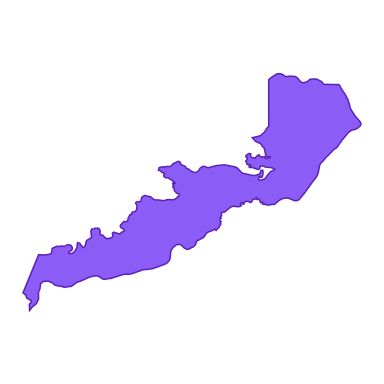 Anori, Amazonas, Brazil (Albers equal-area conic projection)
{"feature_id": "56859067B80375941692856", "entity_name": "Anori", "entity_type": "district", "adm_level": 2, "iso_a3": "BRA", "parent_name": "Brazil", "parent_adm1": "Amazonas", "projection": "albers", "projection_center": [-62.184, -4.211], "detail": "fine", "context": "isolated", "style": "filled", "palette": "violet", "viewbox_px": 384, "rotation_deg": 0, "n_neighbors": 0, "source": "geoboundaries", "source_scale": "gbopen_adm2", "svg_char_len": 6011}
<svg xmlns="http://www.w3.org/2000/svg" viewBox="0 0 384 384"><path d="M268.7,79.8L268.7,126.0L268.5,126.6L266.9,128.1L264.4,132.2L260.9,135.3L258.7,136.2L252.3,137.7L255.3,141.1L256.3,141.8L260.3,143.5L261.5,144.7L262.4,146.6L263.8,147.3L264.8,150.5L265.9,156.1L266.2,156.6L270.3,157.0L270.1,157.7L267.5,158.1L266.7,158.7L266.2,158.7L265.3,158.2L264.8,157.7L264.8,156.9L264.1,156.6L262.4,157.2L261.8,156.8L261.2,156.9L260.1,156.2L259.3,156.0L259.1,154.9L258.4,154.9L256.7,156.2L254.9,158.2L254.2,157.8L252.4,157.8L250.8,156.6L250.6,155.8L250.9,154.0L249.4,153.5L248.4,153.7L246.3,155.4L245.7,156.2L246.0,156.9L247.3,157.6L247.0,159.7L246.0,160.7L245.7,161.3L246.6,162.5L246.8,164.0L247.3,164.5L250.5,164.7L250.5,165.6L249.8,166.0L249.1,166.2L249.1,167.0L249.9,167.6L250.9,167.5L251.5,167.0L253.1,167.9L254.5,168.2L257.9,169.5L259.2,169.1L259.7,168.6L260.2,166.4L262.1,165.9L263.0,166.0L265.0,166.9L266.3,167.2L271.7,167.7L274.7,169.1L273.3,170.3L270.4,171.8L266.7,176.2L265.7,177.9L264.5,178.8L261.8,180.0L258.9,180.0L258.4,179.5L259.1,177.6L259.0,176.8L259.5,176.4L260.8,177.3L261.7,177.3L262.3,176.5L262.8,175.1L263.1,171.6L262.9,170.8L262.6,170.1L260.9,170.5L260.5,171.0L260.5,172.2L260.2,173.0L259.3,174.0L258.2,174.5L255.1,175.5L251.4,175.2L242.6,173.2L241.4,172.3L237.2,167.9L235.5,167.0L225.7,165.0L223.2,164.9L217.0,165.5L209.7,167.3L208.5,167.8L206.8,167.4L204.9,166.6L203.8,166.3L202.8,166.4L200.4,167.9L199.8,168.6L199.2,170.0L196.7,172.2L195.2,172.6L191.5,171.4L189.0,169.3L186.1,168.2L185.8,166.9L185.4,166.4L181.7,164.9L180.5,163.6L180.3,162.6L179.7,161.8L178.9,161.4L177.3,161.6L174.0,163.4L173.1,163.6L171.1,166.0L169.8,166.5L167.3,166.4L165.5,166.9L162.3,166.9L159.2,167.5L158.4,170.2L159.9,170.6L162.2,172.5L164.5,173.4L164.7,174.0L163.6,175.4L163.8,176.2L164.3,176.7L165.3,177.6L167.9,177.8L171.4,179.9L175.0,182.6L175.1,183.3L174.5,183.6L173.0,183.0L172.6,183.7L173.2,185.3L174.1,186.1L172.8,187.0L174.1,188.5L174.3,190.4L176.5,193.1L177.3,193.6L178.5,193.4L179.0,194.0L179.1,194.6L179.0,196.2L177.6,196.6L177.2,197.8L173.9,199.6L171.8,199.8L167.8,199.5L164.6,200.5L162.7,200.6L158.7,200.0L154.9,199.9L152.9,199.0L151.6,197.5L150.4,196.7L149.3,196.4L147.0,196.1L145.0,195.4L144.3,195.6L142.3,196.8L141.9,197.5L141.3,198.8L141.0,200.8L140.7,201.3L139.9,201.6L137.8,201.6L136.6,201.9L136.0,202.4L135.6,203.4L136.7,204.7L137.0,205.6L136.7,209.4L136.3,210.3L134.3,212.0L133.3,211.9L132.1,212.1L131.5,213.7L131.7,214.3L130.0,214.8L129.6,215.3L128.7,217.5L128.2,217.8L128.0,219.6L127.7,220.3L127.1,220.7L126.8,221.4L125.8,221.8L124.7,221.8L124.0,221.4L120.6,224.9L120.3,225.7L120.4,226.7L120.9,227.6L122.1,228.2L124.4,230.3L124.3,231.0L123.6,231.6L121.8,232.1L121.0,232.7L120.4,233.7L119.7,233.9L118.9,233.8L114.6,232.4L113.9,232.2L112.9,232.6L112.4,233.2L112.5,234.1L112.9,234.7L112.8,235.8L112.3,237.1L111.7,237.6L109.0,238.4L108.0,238.4L107.2,238.9L104.7,237.3L103.1,235.4L100.8,234.7L100.3,234.3L100.0,233.7L100.2,231.5L100.0,230.3L98.8,228.3L97.1,228.2L96.2,228.4L95.3,228.2L94.7,228.3L94.2,228.9L93.2,229.2L91.7,229.0L91.4,229.7L91.4,230.6L90.9,231.1L90.8,231.8L91.4,233.3L91.1,233.9L91.6,236.8L91.2,237.7L87.1,240.2L86.0,241.8L85.7,244.1L84.7,246.5L83.1,247.5L82.5,247.0L81.7,245.8L81.1,245.4L79.9,243.4L77.8,242.5L77.2,244.1L77.0,247.2L76.7,248.0L74.9,251.2L72.5,253.3L69.6,253.6L69.0,253.4L68.6,252.8L68.7,252.2L69.3,251.7L71.8,250.2L72.1,249.4L72.3,247.6L72.0,246.8L71.5,246.4L71.1,245.5L69.9,244.9L68.2,244.6L66.8,245.0L65.5,246.0L64.1,246.5L62.4,246.0L58.4,246.4L56.5,246.3L52.1,248.5L51.8,251.9L50.7,254.0L44.8,255.0L38.6,254.7L23.0,292.8L25.9,295.2L26.6,297.8L27.2,298.4L31.4,300.7L31.3,302.0L29.7,303.8L29.3,304.8L29.6,310.4L32.6,306.6L36.1,304.0L36.9,302.7L38.6,298.8L38.5,293.5L38.7,291.4L39.9,289.0L40.5,284.0L43.3,281.4L48.0,281.1L52.8,283.0L54.8,285.2L61.5,286.5L62.6,286.4L63.9,287.3L71.0,286.4L73.9,284.6L75.0,283.5L76.4,282.6L78.6,281.7L80.2,281.3L89.4,277.2L93.5,276.0L97.4,276.0L99.0,276.5L102.6,279.0L104.8,279.4L107.3,278.8L111.0,278.4L123.1,274.5L124.9,274.3L128.7,274.3L132.2,273.6L143.2,269.7L146.5,269.5L152.2,268.7L156.1,267.5L166.1,263.7L168.8,261.2L169.8,259.4L170.2,257.7L170.7,252.2L171.1,250.4L172.4,248.4L173.4,247.2L176.5,244.8L178.1,244.4L180.1,244.5L181.8,245.6L184.1,247.9L186.0,248.9L187.6,249.4L189.5,248.8L191.7,247.5L193.1,247.0L194.4,245.9L195.1,245.2L195.9,243.6L196.6,241.2L203.6,237.4L204.8,235.9L206.0,233.8L206.8,233.0L208.5,231.9L212.1,230.6L215.2,229.1L216.1,230.4L217.8,228.4L218.6,228.1L219.0,227.4L219.1,226.5L220.2,225.5L220.6,224.7L220.8,223.8L220.3,222.6L220.4,222.0L221.1,221.6L219.9,220.0L219.7,219.1L220.2,218.2L221.0,218.3L220.7,216.9L221.0,216.4L221.5,216.1L221.6,214.6L221.2,214.0L222.0,212.4L224.2,212.1L225.4,211.6L226.8,210.1L231.2,206.8L233.0,206.3L234.9,206.3L236.4,206.7L239.7,206.6L241.1,205.8L241.3,205.0L240.5,204.4L240.5,203.5L241.2,202.7L241.9,202.5L243.2,204.4L243.9,204.1L244.0,202.6L245.9,201.5L247.4,201.3L248.2,201.4L249.8,202.4L251.4,202.2L252.9,199.5L253.4,199.2L255.5,199.0L255.8,198.2L256.4,197.6L256.8,199.1L257.3,199.6L258.7,199.3L259.6,199.5L260.0,201.5L260.6,202.5L261.4,202.8L262.6,202.2L262.5,204.0L263.3,204.3L264.2,204.0L265.1,204.2L265.3,204.7L269.1,205.0L272.6,204.3L274.2,204.6L279.5,200.2L283.4,198.3L286.9,198.0L288.7,198.3L294.4,200.6L295.5,200.7L297.3,200.6L298.2,200.2L299.7,199.0L305.3,192.0L312.4,182.1L316.2,177.2L317.6,174.7L318.8,170.1L319.7,165.2L320.7,163.3L323.2,160.9L326.6,156.7L327.7,155.9L333.8,149.5L336.4,147.9L337.7,146.4L342.0,140.2L348.6,132.3L351.9,130.1L354.9,129.4L356.6,128.8L357.8,128.0L360.0,126.1L360.6,125.2L361.0,123.4L359.9,121.5L354.7,115.5L350.3,108.3L349.6,105.0L347.9,99.6L345.0,94.1L342.3,90.2L340.6,87.4L340.1,86.1L338.8,84.6L323.3,84.3L322.7,82.9L321.7,81.7L317.0,79.2L315.3,79.0L311.5,79.1L309.7,79.5L307.1,81.8L303.5,82.7L301.9,82.5L300.6,81.6L299.2,80.1L298.2,78.7L297.0,77.6L295.3,76.6L293.3,76.3L289.3,76.2L285.8,76.6L282.5,74.5L281.1,73.9L279.0,73.6L277.0,73.9L275.3,74.8L270.6,78.0L268.7,79.8Z" fill="#8b5cf6" stroke="#5b21b6" stroke-width="1.5"/></svg>